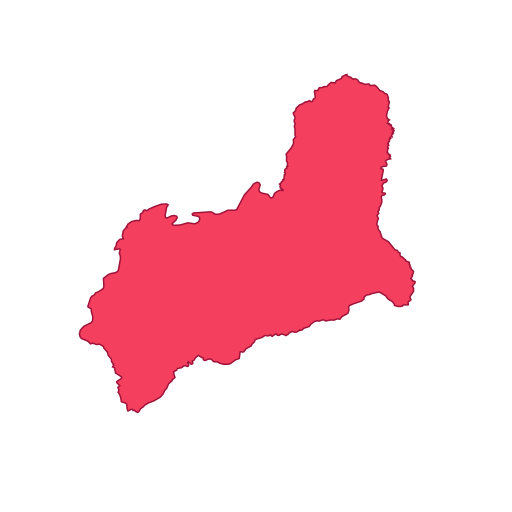 Chom Thong, Chiang Mai, Thailand (Equal Earth projection), rotated 241°
{"feature_id": "78962969B36039472825414", "entity_name": "Chom Thong", "entity_type": "district", "adm_level": 2, "iso_a3": "THA", "parent_name": "Thailand", "parent_adm1": "Chiang Mai", "projection": "equal_earth", "projection_center": [98.623, 18.375], "detail": "fine", "context": "isolated", "style": "filled", "palette": "rose", "viewbox_px": 512, "rotation_deg": 241, "n_neighbors": 0, "source": "geoboundaries", "source_scale": "gbopen_adm2", "svg_char_len": 6108}
<svg xmlns="http://www.w3.org/2000/svg" viewBox="0 0 512 512"><g transform="rotate(241 256 256)"><path d="M309.6,253.8L310.3,245.1L311.4,241.9L312.1,240.8L315.7,238.7L316.9,237.2L323.9,222.3L323.7,220.6L322.4,220.4L318.6,224.7L316.7,225.3L314.6,223.9L313.5,221.3L313.9,217.9L318.1,212.4L319.9,204.7L322.5,199.3L323.8,198.2L325.0,198.6L326.2,203.4L327.6,205.5L328.3,205.9L329.5,205.7L331.2,203.9L332.1,201.3L332.3,197.1L333.4,195.5L335.3,196.0L341.9,201.4L343.3,204.0L344.8,203.1L347.2,198.3L348.5,190.4L348.9,185.3L348.5,182.6L350.2,181.2L350.4,179.8L348.9,177.7L348.7,175.1L344.6,172.8L343.7,171.4L343.6,170.6L344.9,169.1L346.4,164.1L346.0,159.5L344.3,156.8L343.8,157.1L343.6,155.5L342.2,151.9L338.2,148.7L335.4,148.3L336.6,144.9L335.2,140.6L333.0,138.9L331.2,136.1L330.1,135.3L328.6,139.9L327.6,140.5L324.7,137.8L321.9,137.4L319.0,135.9L310.0,128.4L309.4,126.7L309.7,125.9L309.5,125.0L310.0,124.1L310.0,122.8L310.7,122.0L311.4,118.2L310.4,111.7L303.1,108.2L301.6,106.7L301.1,100.6L301.5,97.7L300.4,95.8L300.3,92.7L299.5,91.0L293.5,84.5L292.6,84.4L289.8,86.3L287.4,85.1L281.9,83.8L278.4,81.5L277.6,79.0L278.0,71.8L277.5,69.8L276.3,66.4L273.4,63.7L270.6,63.0L268.4,63.3L264.2,66.8L262.3,67.9L259.4,68.6L258.9,71.0L255.9,73.6L254.7,76.4L251.1,78.6L249.3,78.3L244.0,79.4L240.6,78.6L236.3,79.5L233.4,78.4L231.4,78.9L230.5,78.4L229.6,78.7L228.5,76.8L227.2,77.9L226.3,77.9L221.8,76.4L215.3,79.9L214.2,78.8L213.7,73.3L212.4,72.9L208.6,74.0L208.0,71.5L205.0,71.0L203.7,69.3L201.7,69.6L198.0,69.1L193.8,67.6L191.0,70.2L189.2,71.2L185.0,69.2L182.5,68.9L182.4,72.5L181.9,73.5L180.4,73.7L180.2,74.8L178.4,75.3L176.5,76.8L176.7,78.2L178.4,81.1L178.7,84.1L179.5,86.4L179.6,91.0L178.8,96.4L179.0,104.0L180.4,107.9L182.6,110.9L183.6,113.8L186.6,117.6L187.4,121.6L188.3,122.8L189.0,126.2L193.8,127.3L194.6,128.2L194.7,131.3L195.7,132.8L194.4,136.8L194.9,139.6L194.2,141.1L192.7,142.3L192.5,143.4L193.4,144.4L195.8,144.4L196.3,145.5L192.7,146.9L192.5,148.3L193.2,149.0L195.0,149.3L195.0,151.4L196.4,153.8L197.0,157.4L193.7,159.2L192.7,160.4L190.8,159.7L189.6,160.4L189.1,161.5L189.1,163.8L187.8,166.6L183.8,168.0L182.1,171.0L180.0,172.1L177.0,175.2L174.7,179.4L174.3,181.6L175.1,187.6L174.5,191.7L179.7,195.5L179.5,196.6L178.3,197.9L178.2,199.1L179.7,202.3L179.7,208.1L180.7,209.5L181.8,213.2L183.0,214.3L183.2,215.4L181.9,221.6L182.1,225.4L180.1,228.0L180.0,230.5L178.5,230.7L177.9,231.3L178.3,235.5L177.8,236.1L176.4,236.2L175.4,237.6L175.5,240.5L173.1,242.9L172.0,243.4L171.9,246.0L172.5,247.1L172.5,250.9L170.5,253.0L169.8,254.8L169.8,257.6L170.2,258.3L169.5,258.5L169.0,260.5L169.6,262.9L168.5,268.4L169.7,270.7L170.4,275.5L169.5,278.3L168.4,279.8L167.9,283.1L166.9,284.6L165.4,285.4L164.0,289.9L162.1,293.2L161.6,296.7L160.0,298.7L161.4,302.0L161.3,307.1L161.6,308.9L163.4,310.9L166.7,312.5L167.3,313.6L167.0,317.7L165.4,326.7L166.0,329.5L167.3,330.4L168.2,332.6L168.2,333.7L167.1,337.1L166.9,339.5L164.9,345.9L163.4,347.2L158.3,350.1L154.4,350.6L150.3,353.0L147.4,353.6L145.5,353.2L142.9,355.9L141.4,358.8L141.2,359.6L141.9,361.7L140.9,362.6L139.5,365.5L142.1,366.8L142.3,369.7L142.8,370.4L145.3,370.7L146.0,371.3L148.6,376.5L151.3,378.2L153.8,378.1L155.1,381.5L156.1,382.7L157.5,382.1L158.3,380.8L160.2,381.0L160.8,380.5L161.6,381.1L162.7,383.3L163.9,383.4L164.5,385.0L166.2,386.3L169.5,385.4L171.1,385.9L171.8,385.2L173.3,386.4L174.5,386.0L176.1,387.1L179.1,384.6L179.9,384.9L184.0,383.6L185.7,382.3L187.5,382.6L188.8,383.5L190.2,382.4L192.4,382.3L194.1,380.5L204.2,378.8L210.6,375.0L217.1,376.3L219.6,375.9L221.2,376.2L222.8,377.2L224.7,376.7L228.0,379.3L229.0,380.9L230.1,381.4L232.6,381.3L233.8,384.0L235.7,384.2L236.7,386.3L238.5,387.2L239.3,389.0L242.2,392.2L244.5,393.4L247.2,394.2L247.8,395.7L247.2,398.0L247.5,399.1L248.5,399.3L249.7,397.5L250.9,397.1L253.1,399.6L256.6,400.5L258.0,403.0L257.6,405.7L258.5,407.4L260.2,407.3L261.0,403.2L261.5,402.4L269.3,408.9L270.5,409.1L271.5,407.7L272.3,407.7L272.8,408.8L272.8,410.3L271.6,413.1L271.6,414.0L272.9,415.1L275.8,415.1L276.5,416.0L276.6,418.0L275.8,420.8L277.2,420.3L277.8,421.7L278.2,421.5L279.0,422.3L279.4,421.5L280.1,422.0L281.7,420.9L282.6,421.5L283.0,421.1L285.5,422.9L285.9,423.8L286.8,424.1L287.2,423.7L288.0,424.2L288.4,425.7L289.8,426.0L290.3,425.5L290.8,426.0L290.9,427.0L291.6,427.2L291.8,428.5L293.4,429.3L293.4,430.4L294.0,429.9L294.6,430.7L294.7,432.0L294.2,432.8L295.5,433.0L296.4,434.0L296.4,434.7L297.0,434.8L296.9,435.6L298.0,435.4L297.9,436.1L298.6,436.2L298.3,436.7L298.6,437.3L299.0,436.7L300.4,438.1L300.7,437.3L301.4,437.7L301.5,436.8L301.9,437.6L302.4,437.2L305.2,437.7L305.6,437.5L305.4,436.8L306.3,436.4L306.6,437.0L307.2,436.9L307.2,436.3L308.4,435.3L309.5,436.8L310.0,436.9L310.3,438.7L312.6,437.5L315.5,438.2L319.0,441.2L321.0,444.3L322.4,443.8L325.7,447.1L326.5,447.5L327.9,447.0L330.0,448.4L333.5,449.0L334.2,448.9L335.6,447.5L338.1,446.8L340.8,444.5L345.4,443.7L347.8,442.7L349.6,438.7L351.8,438.1L353.3,434.5L355.8,432.6L357.5,430.6L360.7,430.2L362.5,429.2L364.1,426.3L366.4,425.5L368.5,423.6L370.2,422.8L370.6,423.4L371.0,422.4L371.2,418.3L370.2,417.2L369.9,416.3L370.4,411.3L369.0,409.3L371.4,405.8L370.8,402.8L369.8,400.3L371.2,397.5L371.3,395.4L372.5,392.8L370.8,390.3L372.2,387.6L371.5,386.8L365.7,384.7L365.4,382.3L364.0,380.2L364.1,379.3L366.0,378.0L366.2,375.0L366.9,373.9L366.5,370.7L367.0,367.3L365.8,362.7L364.0,361.3L363.0,357.8L357.9,357.3L356.3,355.3L354.8,354.5L352.7,354.4L350.8,352.3L348.8,352.0L342.8,348.7L341.0,348.4L339.7,345.1L336.5,343.6L335.0,341.7L333.2,338.6L330.5,331.7L327.9,330.9L324.5,328.8L322.0,328.7L319.8,327.1L319.2,327.3L319.2,326.0L317.9,325.5L317.7,323.3L317.2,322.7L315.8,322.2L315.1,321.4L314.0,321.7L313.1,321.0L313.3,320.1L309.3,317.5L309.8,316.6L308.6,315.6L308.6,314.2L307.6,313.1L307.5,311.4L305.9,311.7L304.9,310.5L303.6,310.3L302.4,311.0L301.9,310.7L301.1,311.7L300.2,311.2L301.9,309.1L302.2,305.6L301.8,302.6L299.4,299.6L299.2,298.3L299.9,296.9L304.1,296.3L308.2,291.6L310.3,290.3L312.6,290.6L316.2,294.2L318.2,294.2L319.7,293.1L320.1,292.2L320.2,288.7L318.4,285.1L315.1,275.5L305.9,261.5L306.4,259.4L309.6,253.8Z" fill="#f43f5e" stroke="#9f1239" stroke-width="1.5"/></g></svg>